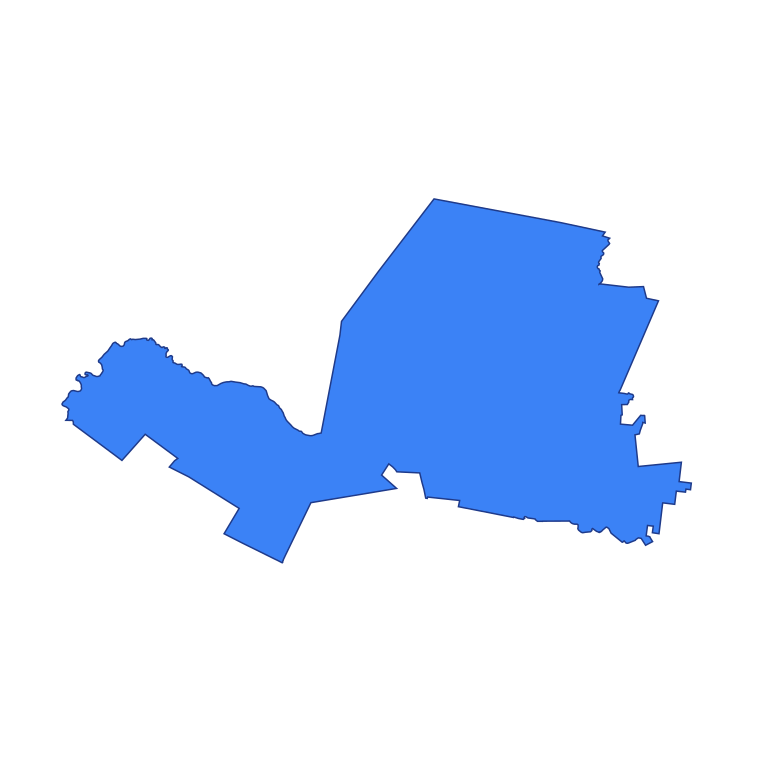 outline of Parás, Nuevo León, Mexico, rotated 277°
{"feature_id": "50627088B3077567338706", "entity_name": "Parás", "entity_type": "district", "adm_level": 2, "iso_a3": "MEX", "parent_name": "Mexico", "parent_adm1": "Nuevo León", "projection": "natural_earth1", "projection_center": [-99.62, 26.621], "detail": "fine", "context": "isolated", "style": "filled", "palette": "blue", "viewbox_px": 768, "rotation_deg": 277, "n_neighbors": 0, "source": "geoboundaries", "source_scale": "gbopen_adm2", "svg_char_len": 6077}
<svg xmlns="http://www.w3.org/2000/svg" viewBox="0 0 768 768"><g transform="rotate(277 384 384)"><path d="M556.2,590.3L557.6,582.8L561.7,585.0L565.7,540.0L573.8,411.1L494.8,364.6L441.0,334.2L427.1,334.3L327.7,327.6L326.9,325.3L326.6,324.0L324.5,320.1L324.0,318.9L323.7,317.0L323.9,313.4L324.1,312.0L325.2,309.4L326.8,307.9L327.0,307.3L326.8,306.2L326.9,305.7L327.7,304.2L329.1,300.3L329.5,299.6L330.4,298.2L332.0,296.5L335.2,292.5L336.8,291.0L338.9,289.8L339.8,289.0L343.2,287.4L344.7,286.2L345.9,285.4L346.5,284.8L347.4,283.4L349.7,281.9L350.4,280.2L352.7,277.5L353.4,276.2L354.3,273.6L355.3,271.7L358.3,269.9L362.9,267.9L363.3,267.5L365.1,265.3L365.7,264.2L366.2,262.1L365.8,256.2L365.8,255.2L366.2,254.2L366.0,253.4L365.7,252.8L365.6,251.5L366.1,249.5L367.1,247.0L367.1,244.8L367.8,241.0L367.8,236.6L368.0,232.6L368.0,231.8L367.3,229.8L366.9,227.3L365.9,224.4L364.7,222.1L362.1,218.6L361.7,215.8L362.1,214.3L362.6,213.4L363.5,212.8L364.3,212.6L365.5,211.5L368.0,209.8L368.7,209.0L368.8,208.7L368.5,208.1L368.5,207.8L369.1,204.9L370.5,203.9L372.4,201.4L372.7,200.8L373.1,197.8L373.0,197.0L372.8,196.1L372.6,195.6L371.0,193.0L370.8,192.0L370.9,191.1L371.1,190.5L371.7,189.7L373.6,188.7L374.0,188.2L375.0,185.9L376.2,184.8L376.5,183.8L376.5,181.4L376.6,181.0L376.9,180.9L377.3,181.3L377.7,181.4L378.7,181.1L378.9,181.0L379.0,180.2L378.4,177.7L378.3,176.6L378.4,175.9L379.2,174.2L379.6,172.1L379.9,171.9L381.2,171.9L381.7,171.5L382.2,170.9L382.7,170.7L385.3,170.7L385.9,170.1L386.2,169.3L386.0,168.5L384.1,166.0L384.0,165.2L384.2,164.5L384.7,164.2L386.0,164.3L387.1,164.0L387.9,164.0L389.6,164.6L390.9,165.7L391.4,165.8L391.9,165.5L392.3,164.7L393.3,164.5L393.5,164.1L393.4,163.7L392.6,162.4L392.6,162.2L392.9,162.0L393.6,162.0L393.9,161.5L394.0,160.7L393.8,160.1L393.3,159.6L393.2,158.8L394.0,157.3L395.0,156.3L395.6,155.3L395.6,154.3L395.4,153.6L395.5,152.9L397.1,152.4L398.9,150.7L399.5,150.1L399.8,149.4L399.6,148.4L399.9,148.3L400.6,148.4L400.9,148.3L401.1,147.9L401.2,147.3L400.9,146.3L399.0,145.2L398.6,144.8L398.6,144.1L398.8,143.3L399.0,143.1L400.2,143.0L400.3,142.4L400.0,139.5L398.8,136.3L397.8,131.7L397.8,129.1L397.3,128.3L397.4,127.7L397.9,127.1L397.8,126.6L397.3,125.8L395.8,124.5L394.7,122.5L393.9,121.7L393.1,121.5L391.2,121.4L389.7,120.3L389.4,119.3L389.3,118.1L389.5,117.5L391.4,114.8L391.7,113.5L392.4,113.0L392.6,112.6L392.7,112.1L392.3,111.3L391.6,110.3L390.8,109.7L388.8,108.9L386.5,107.6L383.1,105.9L379.3,102.6L376.1,100.7L373.5,98.4L372.6,97.9L372.0,97.8L371.0,98.2L370.8,98.5L370.5,99.3L370.0,100.1L368.7,101.4L366.6,102.2L364.5,102.7L363.8,103.4L363.4,103.6L361.9,103.3L360.7,102.6L360.1,102.5L358.7,101.5L357.6,101.2L356.6,99.1L356.4,97.5L356.9,95.7L357.0,94.8L357.4,93.7L358.7,92.2L359.0,91.6L359.2,90.6L359.5,87.1L359.2,86.5L358.9,86.2L357.9,86.0L357.2,86.1L356.9,86.4L356.8,87.0L357.0,88.7L356.7,89.0L356.2,89.2L355.7,88.7L355.1,87.4L354.1,86.2L353.9,85.7L353.8,85.1L353.9,84.5L354.3,83.3L354.2,82.6L354.3,82.2L354.5,81.9L356.2,81.0L356.3,80.8L356.0,80.2L355.0,78.9L352.6,77.7L351.7,77.7L350.6,77.9L350.3,78.4L350.4,79.3L349.8,79.9L350.0,80.5L349.8,81.0L348.5,82.3L346.2,83.7L344.2,83.9L343.4,84.2L342.5,84.4L341.6,84.2L340.6,83.7L340.0,83.2L339.4,81.8L339.2,80.5L339.7,76.7L339.3,75.1L338.8,74.2L337.3,73.1L335.6,72.2L332.7,72.2L332.1,71.5L329.1,69.8L327.8,68.6L327.4,67.9L325.2,66.9L324.3,67.0L323.5,67.9L322.9,69.6L322.7,70.8L322.3,71.8L321.0,73.9L320.7,74.2L319.8,74.3L317.9,73.6L316.5,74.0L311.6,74.1L309.2,72.7L309.9,79.3L308.7,80.2L306.2,80.6L276.2,133.2L305.0,153.1L285.0,188.4L282.3,185.5L275.4,181.0L268.1,201.4L242.9,255.4L215.9,243.5L208.9,262.7L197.0,296.7L196.0,299.7L194.2,304.6L194.2,304.9L194.7,305.2L195.9,305.1L196.7,305.5L197.3,305.5L201.9,307.0L257.3,325.9L281.9,409.2L293.3,392.7L305.3,398.5L302.8,402.7L300.2,405.9L298.4,407.4L300.1,430.3L290.7,433.8L284.2,436.5L275.8,439.3L275.7,440.9L277.1,441.1L277.6,473.3L271.3,472.8L267.3,528.8L267.8,529.0L266.9,533.8L266.6,538.7L267.8,539.9L268.2,539.3L269.3,539.7L269.6,540.0L269.5,541.2L268.6,543.2L268.5,549.4L268.4,550.5L267.8,550.8L266.4,553.1L267.0,557.7L267.0,558.2L267.2,558.3L270.6,584.9L269.4,586.1L268.8,587.1L268.4,588.1L268.2,589.1L268.1,590.3L268.4,592.7L268.0,593.6L267.4,593.9L265.7,594.1L264.2,594.0L263.2,594.5L262.6,595.1L261.0,597.6L260.7,598.5L260.6,599.4L261.4,602.0L262.5,607.0L263.8,608.1L264.1,608.2L264.7,608.0L265.6,608.2L266.0,608.7L263.7,612.8L263.2,614.9L263.0,615.2L263.4,615.8L263.1,616.1L263.5,616.4L263.8,616.9L263.6,617.0L263.9,617.4L264.0,617.4L264.3,617.9L265.3,618.5L269.0,621.9L269.0,622.7L267.9,624.8L263.6,627.6L256.0,639.7L256.2,640.3L257.4,641.2L257.5,641.6L255.6,643.7L255.6,645.2L256.0,646.1L259.5,652.5L260.4,653.0L261.7,654.5L262.3,655.3L262.3,655.9L262.1,658.1L255.8,663.3L260.3,669.8L264.2,666.7L264.8,666.4L264.9,665.4L265.1,665.0L265.2,662.7L275.7,662.8L275.7,668.6L269.1,668.5L268.9,675.2L299.9,675.1L300.0,675.4L300.0,687.2L313.3,687.2L313.4,696.4L316.5,696.5L316.4,701.1L323.1,701.1L323.1,688.8L342.6,688.7L333.1,646.4L364.1,639.3L365.6,643.5L369.2,644.0L376.0,645.6L377.4,645.5L377.1,648.0L384.3,646.6L384.6,645.9L384.3,645.4L384.2,642.6L373.4,635.7L373.0,623.6L381.8,623.0L382.4,624.2L392.5,622.4L393.3,628.0L396.0,629.2L396.9,628.9L397.9,629.2L398.4,629.9L398.8,630.8L398.7,631.3L398.8,632.6L400.1,632.3L400.6,632.4L401.4,633.1L402.1,633.2L403.3,632.7L403.9,632.0L404.2,629.3L405.0,628.0L404.9,627.7L404.1,627.4L403.6,626.6L403.9,623.7L403.9,618.1L405.8,618.6L406.3,619.0L500.0,646.3L501.1,634.1L512.3,629.7L509.9,615.1L509.7,586.9L509.4,585.7L509.5,585.6L509.2,585.2L509.3,585.2L510.5,586.6L512.4,587.8L513.4,588.2L515.0,588.3L521.1,584.5L521.5,584.4L522.5,584.8L522.7,584.7L523.1,584.0L524.5,583.3L524.6,582.4L525.1,581.9L525.8,581.5L526.8,581.4L527.4,581.6L527.6,581.8L528.1,582.8L528.4,582.9L529.9,583.0L530.2,582.5L531.1,582.1L531.6,582.3L534.9,584.1L535.2,584.2L536.5,583.8L537.2,583.9L538.9,585.8L539.7,586.2L540.8,586.1L541.8,584.8L542.7,584.4L543.1,584.5L550.1,590.4L551.0,590.8L552.7,589.3L553.4,588.9L554.2,588.7L555.1,589.2L555.6,590.0L556.2,590.3Z" fill="#3b82f6" stroke="#1e3a8a" stroke-width="1.5"/></g></svg>